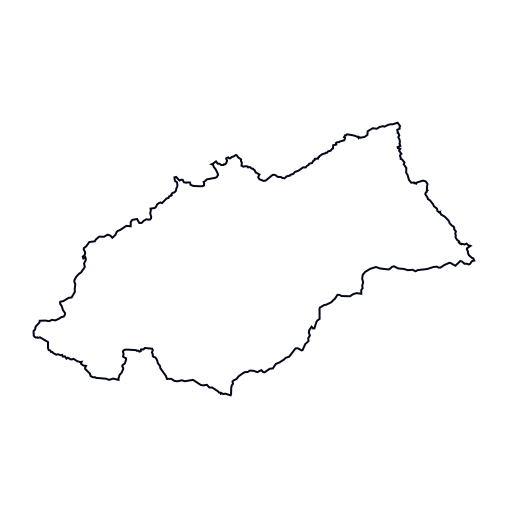 outline of Barbosa, Antioquia, Colombia, rotated 183°
{"feature_id": "7082276B32709171288134", "entity_name": "Barbosa", "entity_type": "district", "adm_level": 2, "iso_a3": "COL", "parent_name": "Colombia", "parent_adm1": "Antioquia", "projection": "albers", "projection_center": [-75.359, 6.439], "detail": "fine", "context": "isolated", "style": "outline", "palette": "ink", "viewbox_px": 512, "rotation_deg": 183, "n_neighbors": 0, "source": "geoboundaries", "source_scale": "gbopen_adm2", "svg_char_len": 6092}
<svg xmlns="http://www.w3.org/2000/svg" viewBox="0 0 512 512"><g transform="rotate(183 256 256)"><path d="M305.1,345.3L303.6,344.8L302.9,342.8L300.8,340.4L298.6,336.5L298.2,334.8L299.4,332.7L300.9,331.9L309.0,330.0L311.0,327.9L312.2,327.2L311.6,325.8L311.6,323.8L312.8,323.0L315.1,322.7L322.4,322.7L325.1,323.7L325.7,325.9L328.9,325.9L329.5,325.5L331.9,325.9L333.2,328.2L334.6,328.3L336.4,327.4L339.9,330.8L341.6,330.2L340.9,326.9L338.9,325.5L338.3,323.6L338.2,321.4L339.1,319.3L339.4,316.9L340.6,315.5L342.9,314.4L343.9,312.8L343.4,312.2L343.7,311.8L345.9,311.0L346.4,309.4L348.3,308.8L352.6,303.9L354.3,304.4L355.6,303.8L357.4,302.4L358.3,300.1L359.7,298.6L363.8,297.8L363.4,296.3L363.9,293.1L362.7,289.6L362.8,288.2L363.6,287.0L365.0,286.6L367.2,287.0L370.0,285.3L371.6,283.3L372.5,283.0L374.3,282.9L376.7,286.7L381.5,285.6L382.9,283.2L382.7,279.1L387.1,279.3L392.8,275.0L395.3,273.8L396.4,272.7L397.5,269.7L400.4,266.7L402.6,268.8L405.4,269.5L408.7,267.3L413.6,267.1L416.7,264.2L417.8,262.2L423.2,261.2L426.1,256.7L428.3,254.9L428.4,253.5L426.9,250.9L426.8,249.7L427.2,248.0L429.0,246.2L428.3,244.5L426.4,245.9L425.9,244.6L425.8,243.2L427.3,239.6L426.4,236.0L429.8,230.5L432.0,228.8L434.5,225.8L436.1,222.3L436.0,220.5L435.0,218.5L435.3,213.4L435.0,210.8L437.9,205.0L440.9,204.4L446.2,200.8L448.8,200.2L449.3,199.6L448.9,197.7L447.5,196.0L445.9,191.8L443.7,189.0L443.9,186.8L444.8,185.5L447.5,184.6L449.7,182.9L453.1,181.2L456.4,181.6L459.1,180.1L463.0,180.5L468.6,180.0L468.8,178.2L472.3,174.1L472.8,171.0L474.2,169.4L473.8,164.8L473.0,163.8L471.6,163.0L470.1,163.3L469.3,162.8L467.5,163.5L459.2,159.2L458.9,153.1L458.1,151.3L456.4,150.8L455.8,149.5L454.5,149.5L453.2,148.3L450.3,147.0L448.7,147.5L445.5,146.6L444.4,147.1L443.5,145.4L441.7,145.8L439.9,143.6L438.6,144.6L435.7,143.1L434.4,143.1L432.9,143.8L428.9,141.5L425.9,140.9L424.6,141.2L425.2,139.6L424.9,139.1L422.6,137.5L420.0,137.4L420.8,135.4L420.7,134.3L415.7,129.8L414.9,127.5L412.5,126.4L410.4,126.5L409.2,125.9L399.1,125.6L396.3,124.6L392.3,126.1L386.8,125.1L386.9,126.7L386.0,130.1L384.2,132.3L382.7,136.2L382.8,137.5L383.7,138.6L383.7,139.9L381.4,141.8L380.3,145.7L380.6,147.2L382.9,148.0L383.5,148.8L383.1,151.1L383.9,153.9L382.7,155.3L380.4,155.8L370.9,155.7L370.1,155.1L368.6,155.3L367.5,154.4L366.1,154.9L365.9,156.7L363.5,156.8L362.2,158.3L354.9,158.0L354.1,156.6L354.9,154.2L354.1,153.0L353.8,150.6L353.0,149.9L351.3,149.5L350.4,148.5L349.1,146.2L348.4,143.8L346.1,141.1L345.7,139.0L339.7,131.5L338.5,128.6L334.1,128.9L330.9,127.0L328.3,126.7L323.4,128.0L320.6,127.2L312.4,129.0L304.5,124.4L302.1,124.0L298.3,124.8L295.8,122.3L292.7,122.3L286.8,118.8L285.9,117.7L284.1,117.6L283.8,116.6L282.9,117.1L281.6,116.5L279.3,116.9L274.1,115.5L273.7,116.7L273.8,123.7L273.4,125.6L272.3,127.2L272.9,129.4L271.9,130.6L269.2,132.0L266.8,135.2L262.3,138.7L260.8,139.5L258.3,139.7L256.0,141.3L252.5,141.2L248.6,140.1L244.7,142.3L242.6,140.4L241.2,140.4L236.4,144.1L233.3,144.6L230.5,149.3L227.2,150.8L222.6,154.1L221.1,155.8L217.5,157.3L211.7,165.8L209.3,166.0L205.5,164.1L204.6,164.4L202.2,170.6L199.1,173.8L199.5,176.6L198.0,179.4L199.2,182.0L199.0,184.6L196.8,188.3L195.2,186.6L193.9,186.8L192.2,193.3L191.4,194.7L189.2,196.5L189.8,206.7L189.5,207.8L185.3,210.6L183.2,211.1L178.5,213.7L174.8,217.7L172.6,221.5L170.6,221.5L168.3,220.5L160.5,220.7L159.6,221.0L157.0,223.0L153.5,224.2L148.9,223.8L149.1,227.6L147.8,229.4L148.4,231.8L147.6,235.5L148.8,238.8L148.4,242.9L146.1,245.9L141.2,249.2L135.6,251.3L131.2,250.0L123.0,249.5L121.6,250.2L119.6,252.3L117.6,252.9L113.3,251.0L107.7,250.8L103.6,249.8L99.0,250.4L95.8,249.1L93.7,250.4L84.2,252.0L78.3,254.3L74.9,254.8L73.0,254.0L71.2,254.1L67.5,256.8L62.6,259.3L61.4,259.2L56.4,256.7L51.7,261.7L50.1,261.3L47.4,259.2L45.0,259.3L43.1,258.7L42.0,259.2L40.0,262.2L37.8,262.9L38.9,265.0L40.4,265.5L43.5,268.0L44.5,270.3L44.7,271.9L45.8,273.7L45.7,274.7L42.4,277.3L44.7,277.9L46.3,279.4L48.3,278.4L51.1,279.0L51.5,278.5L52.7,278.9L54.1,280.1L53.6,280.6L54.0,281.2L56.1,282.7L57.8,285.1L57.5,286.9L58.2,288.6L57.7,291.0L59.5,293.1L59.5,294.6L60.2,295.7L62.1,296.7L64.2,298.7L65.4,301.3L69.6,305.2L73.5,307.2L74.0,308.5L74.9,308.9L74.6,309.8L75.8,309.5L77.2,310.4L77.8,312.8L81.0,315.1L81.9,317.0L85.3,320.8L87.3,321.8L87.6,323.1L90.2,326.6L89.8,328.2L88.8,329.0L88.9,330.2L88.2,330.6L88.8,331.4L88.9,334.1L88.5,336.8L89.8,338.7L90.5,339.4L93.3,340.0L99.2,337.8L99.9,336.6L101.2,337.5L101.7,337.0L102.5,337.6L104.8,337.3L107.2,340.0L108.9,344.9L110.4,347.1L110.5,351.8L113.3,355.3L112.6,357.1L115.3,360.2L116.6,360.5L116.8,362.4L117.4,363.3L117.0,365.2L116.2,365.7L118.6,368.6L117.6,370.7L119.8,371.0L120.3,372.2L117.6,373.5L118.6,375.8L118.2,377.1L118.7,379.6L120.1,382.2L119.2,384.1L120.5,386.6L120.9,386.4L121.5,389.5L119.2,390.6L119.4,392.2L118.9,393.3L121.6,396.5L126.5,394.6L128.5,394.6L131.0,393.8L134.5,391.9L136.0,392.3L139.4,391.3L141.9,389.4L146.1,389.7L151.0,386.4L151.1,382.7L153.8,380.6L157.8,379.6L158.6,380.0L159.6,379.1L160.3,380.5L160.9,380.3L164.7,381.5L171.4,382.3L172.5,381.1L173.2,381.3L174.3,379.3L173.3,378.6L173.6,376.8L174.2,376.1L178.3,374.7L178.9,374.1L181.0,373.8L182.1,372.9L181.7,371.5L184.7,370.6L184.8,367.4L185.8,366.8L187.0,365.0L189.3,364.4L190.6,362.8L191.7,362.8L192.3,362.1L194.9,361.3L198.1,358.8L198.2,358.1L199.0,357.7L199.1,356.5L202.4,356.1L202.6,354.6L203.6,354.3L204.9,351.8L207.7,350.9L208.2,349.8L209.8,348.7L211.1,347.0L213.5,347.0L218.1,343.4L221.8,341.8L223.0,340.0L226.0,338.8L226.4,338.0L229.5,337.2L231.5,335.1L233.6,335.3L235.4,336.2L238.5,336.1L240.0,337.3L241.8,338.0L243.6,337.9L250.3,331.8L252.3,331.4L256.5,332.8L258.0,334.8L256.8,337.6L260.7,339.4L261.8,341.6L263.0,342.1L263.3,342.9L265.1,343.2L266.5,344.4L268.6,344.1L269.1,345.0L271.6,345.1L273.2,344.5L275.2,345.4L275.0,348.4L276.0,350.1L275.9,351.7L278.8,353.4L280.7,355.7L281.6,355.7L283.8,354.1L285.1,353.8L287.0,352.1L288.1,352.2L288.9,353.0L290.7,352.2L290.9,351.6L289.9,349.8L290.2,348.4L291.2,346.3L291.8,345.9L292.7,346.0L293.2,345.2L295.5,345.0L297.4,346.2L299.1,346.2L300.9,348.4L303.7,346.0L305.1,345.3Z" fill="none" stroke="#020617" stroke-width="2"/></g></svg>